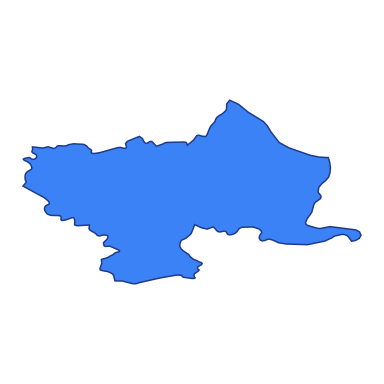 the County of Utenos
{"feature_id": "LTU-1074", "entity_name": "Utenos", "entity_type": "County", "adm_level": 1, "iso_a3": "LTU", "parent_name": "Lithuania", "parent_adm1": "", "projection": "robinson", "projection_center": [25.525, 55.493], "detail": "fine", "context": "isolated", "style": "filled", "palette": "blue", "viewbox_px": 384, "rotation_deg": 0, "n_neighbors": 0, "source": "natural_earth", "source_scale": "10m", "svg_char_len": 3989}
<svg xmlns="http://www.w3.org/2000/svg" viewBox="0 0 384 384"><path d="M328.3,157.6L329.7,162.3L330.4,167.6L330.0,172.8L328.6,177.1L325.6,180.6L321.8,183.7L318.8,187.3L318.1,192.1L321.1,196.2L320.6,198.5L315.1,202.5L313.8,204.7L311.8,212.1L310.7,213.9L307.0,218.9L305.5,222.6L306.2,224.6L308.7,225.8L318.0,228.4L320.6,228.5L330.0,226.6L355.9,229.9L359.5,231.9L361.0,235.2L359.3,238.4L355.5,240.5L351.5,241.2L351.0,240.4L347.8,236.1L346.4,235.3L344.2,234.5L342.0,234.4L334.9,236.0L333.4,236.7L332.4,237.6L324.7,241.1L307.3,244.7L286.2,244.0L278.4,242.7L272.8,240.1L269.8,239.2L268.0,239.2L266.5,239.7L265.0,240.5L262.2,240.9L260.3,240.1L259.2,238.2L259.4,236.2L260.4,234.4L261.5,232.9L261.6,231.6L260.5,230.2L258.6,228.8L254.4,227.4L252.3,227.0L242.5,227.2L241.9,227.3L241.0,227.6L240.1,228.0L239.0,228.8L238.4,229.5L237.4,231.2L236.8,231.8L236.0,232.7L234.4,233.6L232.4,234.4L229.7,234.9L228.0,234.5L227.2,233.8L226.9,233.0L226.5,232.2L225.4,231.3L224.3,231.1L219.8,232.0L218.0,231.6L216.7,230.7L215.0,228.5L213.2,226.8L207.3,229.1L201.5,227.8L194.7,224.6L191.6,232.6L190.7,234.2L186.0,238.2L181.6,240.2L180.8,241.3L180.2,242.7L179.7,245.7L180.3,247.4L181.0,248.7L183.3,250.9L188.0,254.0L189.1,255.1L189.9,256.3L192.5,258.6L194.1,259.6L197.0,260.7L198.2,261.5L199.6,262.1L201.2,262.5L202.1,263.4L201.6,264.6L197.9,266.8L197.3,268.0L197.6,268.9L198.6,269.5L199.1,270.0L198.6,270.8L197.4,271.8L194.3,273.8L194.0,275.4L194.3,276.8L195.1,277.9L194.3,278.4L192.2,278.5L183.7,277.3L182.3,276.7L182.0,275.9L181.4,275.2L176.5,275.1L160.3,277.9L139.1,282.7L137.0,283.5L134.7,283.8L132.2,283.6L122.3,281.0L114.9,280.9L113.9,276.4L113.5,275.4L112.6,274.0L110.0,272.5L107.7,271.6L101.3,270.4L100.2,269.8L99.9,268.7L100.7,266.5L101.7,263.4L101.4,259.4L106.7,257.9L108.1,257.3L110.4,255.9L113.1,254.6L114.8,253.0L116.2,252.4L118.1,252.1L119.3,251.6L119.6,250.7L117.5,249.5L110.0,246.2L108.1,246.2L106.6,246.4L105.0,246.4L104.0,245.6L103.4,243.2L104.1,242.0L106.5,239.8L107.3,238.6L107.9,237.3L107.8,236.2L106.8,235.3L104.3,235.0L102.2,235.2L100.4,235.8L98.9,235.9L97.3,235.4L95.4,233.3L91.1,230.9L89.7,229.8L89.0,228.9L89.4,225.0L77.6,225.7L76.1,225.5L74.6,224.9L74.6,223.9L74.7,222.5L74.8,221.0L74.6,219.4L74.0,218.1L73.2,217.6L72.1,217.7L65.8,219.9L62.8,220.5L61.4,220.3L60.9,219.6L61.1,218.4L61.2,217.1L60.4,215.9L58.8,215.6L51.3,215.4L48.8,214.7L46.9,213.7L46.0,212.4L45.2,211.2L44.6,209.9L44.5,208.7L44.7,207.4L45.3,206.3L46.2,205.5L48.4,204.5L49.2,203.8L49.3,202.7L48.3,201.0L44.5,197.8L23.0,186.1L26.1,182.4L26.1,181.2L25.6,180.5L25.3,179.8L25.1,179.0L25.1,175.7L25.5,173.9L26.8,172.2L28.4,171.0L31.2,169.4L31.8,168.4L31.7,167.1L30.7,164.6L29.1,162.9L27.3,161.7L25.3,160.8L23.9,160.0L23.3,159.2L24.5,158.4L29.1,157.5L30.2,158.0L31.2,158.8L32.9,159.4L34.7,159.1L36.0,158.1L36.7,156.7L36.7,155.8L36.0,154.6L32.7,152.8L31.9,151.8L32.3,150.3L32.6,149.4L32.4,146.9L42.6,148.0L44.3,147.8L46.6,147.0L48.6,146.9L53.0,148.3L54.5,148.4L55.7,147.8L56.3,147.1L56.8,146.4L57.6,145.9L59.0,145.7L63.9,146.0L66.1,145.8L69.0,144.6L73.6,143.8L83.4,144.3L84.0,144.5L86.3,145.7L86.8,146.1L87.9,147.6L88.9,148.4L91.2,149.9L91.6,150.7L91.1,152.4L91.4,153.0L92.8,153.4L95.1,153.4L99.6,152.7L117.5,147.7L118.7,147.5L120.4,147.4L123.8,148.3L125.2,148.4L126.1,147.9L126.4,146.5L125.5,143.6L126.6,142.2L127.6,141.2L139.4,136.4L142.5,138.6L143.1,140.0L144.2,142.0L145.2,143.0L146.2,143.4L147.1,143.3L148.9,142.1L150.0,141.5L151.5,141.4L152.9,142.3L153.5,143.2L156.4,146.3L162.8,144.0L165.1,142.8L167.3,142.4L184.0,142.0L185.9,142.3L186.5,142.8L186.8,143.5L187.0,144.0L187.3,145.2L193.2,140.4L194.3,139.1L196.6,135.8L198.0,135.2L199.2,135.3L202.2,136.2L205.1,136.5L206.1,136.1L206.9,135.0L209.4,128.8L210.8,126.1L215.0,121.5L215.7,119.3L216.7,117.6L218.8,115.8L222.0,114.0L223.5,112.8L225.5,110.9L226.4,109.6L226.6,107.7L226.6,104.1L229.7,100.2L238.5,104.3L248.1,112.1L263.5,121.6L267.4,126.0L271.0,132.0L279.3,142.6L289.0,147.9L310.6,155.4L319.4,157.1L328.3,157.6Z" fill="#3b82f6" stroke="#1e3a8a" stroke-width="1.5"/></svg>